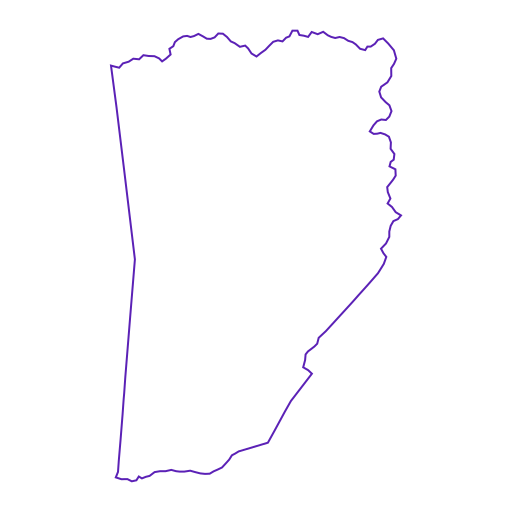 Adustina, Bahia, Brazil
{"feature_id": "56859067B2678119023213", "entity_name": "Adustina", "entity_type": "district", "adm_level": 2, "iso_a3": "BRA", "parent_name": "Brazil", "parent_adm1": "Bahia", "projection": "equal_earth", "projection_center": [-38.01, -10.577], "detail": "fine", "context": "isolated", "style": "outline", "palette": "violet", "viewbox_px": 512, "rotation_deg": 0, "n_neighbors": 0, "source": "geoboundaries", "source_scale": "gbopen_adm2", "svg_char_len": 2221}
<svg xmlns="http://www.w3.org/2000/svg" viewBox="0 0 512 512"><path d="M238.7,451.4L267.9,442.7L274.7,430.4L285.0,411.4L290.9,401.0L311.9,373.7L308.2,370.2L303.2,367.3L305.1,360.1L305.6,354.4L308.0,351.4L311.3,348.9L314.4,346.5L317.2,343.7L318.7,337.8L322.9,333.9L325.8,331.2L352.5,302.0L358.5,295.2L367.6,285.1L378.0,273.2L383.8,263.9L386.3,256.9L383.5,253.3L381.0,248.7L386.0,243.5L389.3,236.9L389.3,231.5L390.7,225.8L393.4,221.1L397.9,219.1L401.0,215.4L395.7,212.2L392.0,207.0L387.6,203.5L390.4,198.5L387.8,192.1L387.2,187.1L390.1,183.5L393.1,179.7L395.7,175.6L395.4,169.3L389.5,166.4L390.7,161.9L393.7,159.7L394.4,154.0L390.6,148.8L390.9,142.4L388.9,136.7L385.1,134.4L380.5,132.9L377.2,133.7L373.7,133.9L369.8,131.4L373.5,125.3L377.0,121.3L381.3,119.5L385.9,120.0L389.3,116.6L391.5,111.1L389.4,105.3L385.6,102.1L381.1,97.4L379.3,91.6L381.2,86.7L387.4,82.4L391.3,76.0L391.2,68.1L394.0,63.9L396.3,58.7L393.9,50.3L388.2,43.5L383.1,38.4L377.9,39.9L374.9,43.8L370.7,46.6L367.4,46.6L365.2,50.1L360.1,48.8L355.8,44.4L352.5,42.1L348.2,40.8L344.0,38.1L339.6,37.0L335.2,38.0L331.2,36.9L327.8,35.3L323.2,31.8L317.7,34.2L311.7,32.0L308.1,36.9L303.8,35.7L299.4,35.0L297.5,30.7L292.4,30.7L289.4,36.4L286.1,37.7L282.5,41.4L277.9,40.4L273.2,41.8L269.1,45.9L265.4,49.8L260.9,53.0L256.5,56.5L251.5,53.5L248.1,48.4L245.2,45.6L239.9,46.8L234.6,43.1L230.8,41.4L227.0,37.0L222.9,33.7L218.3,33.5L214.6,37.4L210.6,38.9L206.8,38.7L203.0,36.4L198.4,33.9L193.9,36.1L190.5,37.0L187.1,35.9L183.2,36.4L178.2,39.2L174.9,42.1L173.3,46.2L169.4,48.8L170.6,54.5L165.9,58.7L162.1,61.4L159.1,58.4L154.5,56.2L148.7,56.0L143.4,55.2L139.1,59.3L133.3,58.7L128.7,61.7L122.9,63.4L119.2,67.7L115.1,66.7L111.0,65.6L116.5,107.2L124.2,170.5L134.9,259.4L130.5,312.9L125.3,377.2L124.2,393.0L123.6,399.9L122.6,414.1L120.6,439.3L120.1,445.2L118.8,460.6L118.0,471.9L115.8,477.4L121.4,479.2L127.4,479.1L131.8,481.3L136.4,480.3L138.8,476.5L141.9,478.4L145.9,476.8L149.6,475.9L154.6,472.1L160.0,471.2L165.5,471.2L171.3,469.9L176.1,471.2L179.6,471.6L184.3,471.6L190.2,470.7L195.2,472.1L200.3,473.4L205.1,473.9L209.7,473.7L213.7,471.3L217.4,469.7L222.0,467.5L225.7,463.5L229.2,459.6L231.9,455.3L235.1,453.6L238.7,451.4Z" fill="none" stroke="#5b21b6" stroke-width="2"/></svg>